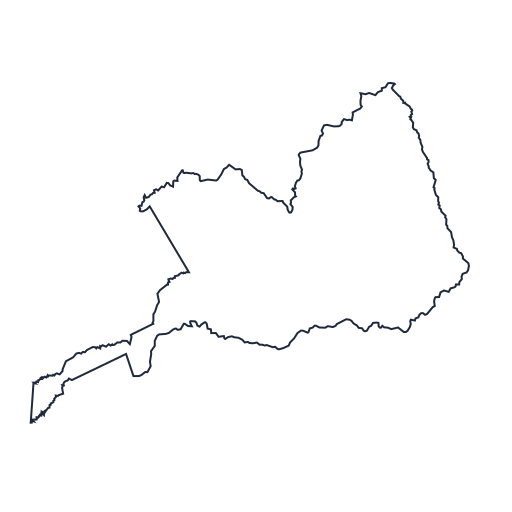 outline of Mocoa, Putumayo, Colombia, rotated 94°
{"feature_id": "7082276B56868740164332", "entity_name": "Mocoa", "entity_type": "district", "adm_level": 2, "iso_a3": "COL", "parent_name": "Colombia", "parent_adm1": "Putumayo", "projection": "albers", "projection_center": [-76.661, 1.168], "detail": "fine", "context": "isolated", "style": "outline", "palette": "slate", "viewbox_px": 512, "rotation_deg": 94, "n_neighbors": 0, "source": "geoboundaries", "source_scale": "gbopen_adm2", "svg_char_len": 6057}
<svg xmlns="http://www.w3.org/2000/svg" viewBox="0 0 512 512"><g transform="rotate(94 256 256)"><path d="M325.9,317.1L325.5,316.5L325.5,312.0L326.7,310.8L329.5,309.6L330.4,307.4L328.0,305.6L325.7,302.5L325.7,301.7L326.9,300.5L331.8,299.2L332.3,295.9L336.0,295.3L335.7,290.6L339.2,287.7L338.1,282.5L340.3,281.8L340.9,281.0L338.8,278.1L337.8,274.5L338.6,271.9L338.8,267.7L340.5,263.8L343.0,261.3L342.3,258.1L343.2,256.5L343.3,253.2L342.3,249.0L344.2,246.3L344.0,243.7L344.7,241.2L344.1,239.1L345.8,233.0L345.2,230.6L347.1,228.2L347.5,226.6L346.0,222.4L343.1,217.1L339.9,216.0L335.6,212.3L329.9,209.2L327.2,205.8L327.3,203.6L328.9,199.1L328.4,198.4L324.5,197.3L323.5,194.5L321.4,192.7L321.4,191.2L322.9,187.7L322.7,181.9L321.0,179.5L321.5,174.3L320.1,171.7L318.3,170.7L312.8,161.6L313.0,158.3L314.0,156.2L316.4,154.1L318.2,150.6L320.5,148.5L320.7,145.2L323.0,143.3L323.5,142.1L322.8,140.2L318.7,138.2L317.7,136.3L314.6,134.6L314.0,131.0L314.2,129.2L317.7,128.7L318.9,127.3L318.7,126.3L316.8,125.1L318.2,123.3L318.3,119.5L319.5,115.9L317.4,109.3L321.5,103.3L321.3,101.0L319.9,99.5L316.2,97.6L313.0,96.9L310.2,97.6L308.7,97.1L309.3,93.0L307.1,92.5L305.9,89.8L303.1,88.8L301.6,87.4L301.3,85.6L302.9,83.2L301.9,81.3L294.6,76.1L293.4,74.2L288.7,75.2L285.5,74.7L284.5,74.0L284.2,70.5L279.4,69.4L277.3,66.1L278.3,61.3L274.7,59.6L273.3,55.7L272.4,54.8L270.4,54.5L270.3,51.4L267.8,51.3L264.7,49.1L262.1,49.5L259.4,48.6L257.7,44.8L255.6,43.5L251.0,42.9L248.3,43.7L244.1,49.5L242.1,49.5L238.9,51.5L238.5,53.4L236.5,55.6L234.9,56.1L233.7,59.5L231.2,59.2L226.9,60.1L223.4,61.9L218.6,63.0L215.0,66.9L212.6,67.3L211.5,68.5L206.0,68.6L204.2,70.0L202.6,69.7L198.8,74.2L196.5,74.8L195.4,76.5L192.8,76.3L192.0,77.7L190.0,77.2L188.7,78.1L184.6,78.3L182.5,80.8L177.5,82.7L175.9,82.6L175.1,83.7L167.6,82.0L166.0,84.0L160.2,84.9L158.6,87.7L155.8,89.9L154.6,89.9L152.0,91.2L150.4,90.4L148.3,90.6L147.6,92.1L146.4,92.2L140.5,96.8L138.0,97.9L135.6,97.6L131.7,99.6L128.7,100.2L126.5,101.9L124.8,101.6L122.2,102.6L121.7,103.6L119.4,104.7L118.5,107.3L116.8,108.5L112.1,108.5L109.3,110.7L109.0,111.5L107.0,111.0L107.2,111.8L106.5,112.4L105.9,111.2L104.6,111.4L103.6,110.2L101.2,111.1L100.1,110.3L98.9,110.8L98.3,111.9L96.1,113.2L93.4,117.9L92.7,117.9L93.0,119.7L90.8,120.0L89.1,122.3L87.0,123.2L86.6,124.3L80.5,131.2L79.0,132.2L76.4,131.1L74.8,129.5L74.3,130.1L74.0,134.6L74.5,136.4L78.6,138.6L79.8,142.2L82.3,142.0L84.0,145.8L87.2,148.1L85.5,154.5L87.0,158.1L86.3,163.1L89.1,162.1L94.0,162.6L97.9,162.2L99.5,160.9L101.6,162.3L106.0,169.6L108.3,169.2L114.0,169.8L113.5,172.3L114.1,174.4L113.3,177.8L116.5,179.9L118.2,179.7L120.2,181.3L120.8,182.7L121.3,187.4L120.2,194.3L121.0,197.3L126.2,199.3L129.2,197.7L131.2,198.6L131.6,200.1L136.8,201.6L141.3,201.4L143.7,202.6L146.6,206.9L149.8,219.0L151.3,220.1L152.2,220.5L155.9,218.5L158.9,218.7L162.7,218.1L166.7,216.1L168.4,216.6L170.6,216.0L175.6,217.2L177.5,218.5L177.9,220.1L180.3,221.3L183.7,222.1L185.8,221.2L186.4,222.3L186.0,223.8L187.0,224.5L189.8,221.5L193.0,221.2L193.8,220.4L194.7,222.2L198.1,225.2L200.5,224.8L201.8,225.3L204.6,222.8L207.6,222.9L210.2,224.2L210.3,225.8L209.6,226.4L207.6,227.6L204.6,228.3L200.8,232.7L199.3,233.3L199.8,238.4L198.5,240.2L198.3,241.7L196.1,244.5L196.3,245.5L197.7,247.0L197.5,249.0L192.8,252.7L192.5,255.3L191.3,256.7L190.7,258.8L183.9,268.0L180.7,270.0L180.1,272.2L177.8,273.5L176.6,275.2L171.2,276.2L170.4,278.1L171.0,282.4L166.9,289.2L169.8,291.5L171.5,294.1L176.9,296.3L182.6,299.7L183.5,301.0L183.1,309.4L185.2,316.4L184.1,317.4L180.3,317.7L178.9,319.2L178.2,321.6L178.5,322.9L177.6,324.4L178.1,326.2L177.8,331.7L178.3,333.4L178.0,334.2L175.6,335.1L175.7,335.7L183.1,340.0L186.6,339.6L186.5,342.8L187.2,343.7L192.6,343.6L191.6,346.5L189.3,348.6L189.3,350.1L193.8,352.5L193.3,355.0L197.5,358.2L196.4,360.3L197.6,362.4L200.0,361.5L200.3,363.1L201.7,364.2L202.2,365.5L204.7,367.2L205.6,369.7L203.0,371.3L205.2,372.2L208.2,371.3L209.5,371.8L210.3,373.1L213.9,373.7L213.9,375.9L214.7,376.7L216.7,374.8L219.0,375.1L219.5,374.2L219.3,371.7L217.1,368.2L213.9,365.5L276.9,321.8L277.0,324.3L278.0,325.8L277.6,326.9L278.4,327.4L277.8,329.0L279.9,331.7L280.7,331.9L281.8,335.5L283.5,335.4L283.6,336.8L284.8,337.6L284.4,339.7L285.4,341.8L287.2,341.0L287.7,341.3L288.0,340.7L288.9,342.0L290.7,341.8L290.8,342.8L296.8,349.4L300.5,351.7L308.6,349.5L312.0,351.2L318.4,352.8L321.3,354.3L328.1,353.8L329.9,354.5L330.8,353.8L343.4,375.4L345.5,374.5L352.7,375.7L349.7,378.9L349.9,383.4L351.7,385.2L351.9,388.3L354.5,391.2L354.8,392.8L354.2,393.3L355.5,394.7L354.3,396.7L356.9,399.3L355.7,402.9L357.0,404.1L356.7,405.2L359.1,405.0L357.9,408.0L359.3,408.9L358.2,410.2L358.2,412.5L361.6,418.1L363.9,419.9L363.8,422.1L365.6,423.7L365.0,425.8L365.8,428.4L369.8,431.3L374.3,438.3L382.5,441.0L384.2,440.9L387.8,443.6L387.0,446.5L387.7,447.9L389.3,448.8L388.7,450.1L389.6,450.6L389.6,454.4L390.3,454.8L389.7,455.4L390.9,455.6L390.9,456.5L391.8,456.7L391.2,458.7L392.4,459.6L391.7,461.0L392.5,462.1L393.7,461.2L393.9,463.0L395.1,463.6L395.1,464.5L397.0,464.7L396.5,466.3L397.7,466.8L397.8,468.6L398.5,467.6L398.4,469.1L438.0,469.1L437.8,468.0L435.9,468.0L436.4,466.3L434.8,467.7L434.4,463.4L432.2,463.6L432.8,461.4L432.3,462.0L431.4,461.2L430.5,462.1L430.8,461.1L429.8,460.4L430.2,459.0L429.4,458.9L428.9,459.9L428.3,459.2L426.8,459.1L427.7,458.4L427.3,457.5L428.5,457.5L429.4,456.5L427.2,456.6L426.6,457.2L426.9,455.8L425.7,455.1L425.1,455.7L424.1,454.1L422.3,453.1L421.7,451.5L419.1,451.5L418.9,450.5L417.5,450.5L416.0,448.0L414.7,448.1L413.7,447.0L412.4,447.3L410.5,445.7L409.2,446.0L409.4,443.8L408.4,442.8L406.8,438.8L400.9,440.3L399.5,439.7L398.4,440.3L398.4,438.7L397.1,439.2L395.7,438.8L394.2,437.4L393.3,435.1L391.3,434.1L392.6,431.0L362.8,378.8L384.3,369.9L383.9,364.3L382.8,362.1L379.5,358.5L379.4,356.2L373.3,353.4L368.9,354.4L361.0,353.7L358.3,354.1L352.7,350.7L347.8,351.1L342.4,349.0L341.0,347.2L340.0,340.6L338.8,337.5L335.2,333.7L334.1,331.7L334.0,330.6L335.1,329.1L334.4,326.1L328.6,323.3L328.6,322.3L330.6,318.9L330.6,315.1L327.5,316.9L325.9,317.1Z" fill="none" stroke="#1e293b" stroke-width="2"/></g></svg>